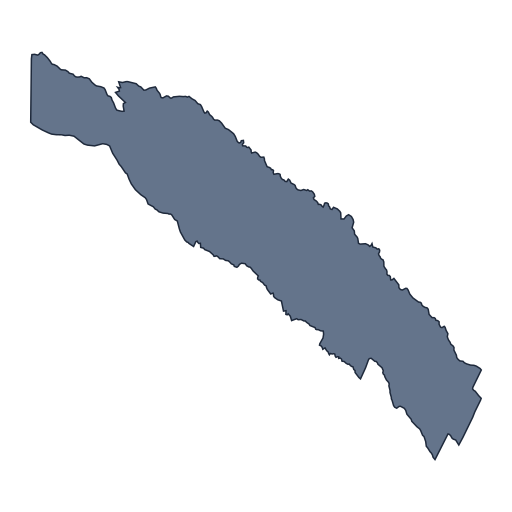 Gatundu North, Central, Kenya
{"feature_id": "3690345B74397299237573", "entity_name": "Gatundu North", "entity_type": "district", "adm_level": 2, "iso_a3": "KEN", "parent_name": "Kenya", "parent_adm1": "Central", "projection": "equal_earth", "projection_center": [36.831, -0.916], "detail": "fine", "context": "isolated", "style": "filled", "palette": "slate", "viewbox_px": 512, "rotation_deg": 0, "n_neighbors": 0, "source": "geoboundaries", "source_scale": "gbopen_adm2", "svg_char_len": 6011}
<svg xmlns="http://www.w3.org/2000/svg" viewBox="0 0 512 512"><path d="M155.3,86.9L149.5,88.1L145.8,90.0L143.9,90.2L140.8,86.9L138.7,86.1L136.2,83.7L127.7,81.6L126.2,81.6L122.5,82.5L118.7,81.8L120.6,87.6L119.2,87.8L117.6,87.3L119.1,89.4L119.4,91.1L115.5,92.4L118.4,95.9L125.4,102.5L123.4,103.6L123.2,106.1L124.1,111.1L122.1,111.4L118.9,110.7L116.8,110.1L115.5,108.0L113.6,102.9L112.0,100.0L111.3,97.5L109.8,96.3L108.2,96.0L107.1,94.7L105.1,89.6L104.0,88.0L100.8,86.7L96.4,85.9L95.0,85.0L91.9,82.3L89.3,78.8L86.7,77.7L84.2,77.8L81.1,76.3L79.5,77.0L77.2,77.1L75.7,76.8L74.4,75.9L73.1,74.2L69.3,73.2L67.9,71.6L65.4,70.1L61.5,69.8L60.5,69.4L57.1,66.1L53.9,64.5L52.3,64.3L51.3,63.2L50.2,61.3L47.4,57.7L44.4,54.7L43.3,54.3L42.0,52.4L40.4,52.7L39.0,54.3L37.7,55.1L34.6,54.3L31.9,54.6L31.4,58.8L30.7,122.2L33.3,124.8L42.3,130.0L48.3,132.8L51.6,134.1L56.2,134.7L61.7,134.8L65.0,135.5L69.3,135.2L74.0,136.2L83.9,144.0L87.4,145.1L94.6,145.9L102.7,143.7L106.7,144.4L109.6,145.9L112.7,153.3L117.0,160.0L119.2,164.3L121.2,166.5L125.5,172.9L127.2,174.0L129.0,179.0L131.3,183.9L135.4,189.7L140.8,194.7L145.2,197.7L146.5,199.5L148.1,204.0L153.4,206.8L155.2,209.1L156.8,209.8L158.9,211.8L163.1,213.1L167.9,213.5L169.0,214.1L170.5,214.0L171.7,214.8L174.7,219.5L177.3,221.0L179.3,228.7L180.4,232.0L184.8,240.0L186.8,242.0L188.1,242.4L188.9,243.4L193.6,246.5L195.8,241.7L197.1,241.1L197.9,242.5L198.9,243.5L200.4,243.3L200.7,247.4L203.6,248.2L204.7,249.6L209.5,251.5L213.2,254.8L214.0,256.3L215.1,256.3L216.3,255.8L217.7,256.5L219.8,258.7L223.3,258.9L225.5,260.4L228.3,260.8L229.9,262.2L231.3,263.8L233.8,264.9L234.3,266.4L236.9,267.3L238.5,266.0L239.2,264.7L240.2,263.9L241.6,263.2L245.2,263.7L246.7,265.8L248.9,267.0L250.0,267.1L251.3,268.4L253.1,271.0L258.3,275.9L257.7,277.3L257.6,278.9L258.8,280.0L259.9,280.0L260.5,281.3L262.7,282.6L264.6,285.1L266.1,285.8L266.5,287.5L267.3,289.4L270.7,294.0L273.0,293.1L273.5,294.3L273.6,296.2L274.5,297.5L277.8,299.8L281.4,301.0L283.5,311.1L286.0,310.7L285.9,314.4L287.2,314.8L288.2,313.8L290.3,316.2L291.6,320.6L296.7,318.7L298.1,319.7L301.0,319.5L304.0,321.0L305.4,321.0L306.4,322.2L309.1,324.1L309.9,325.5L315.1,327.6L315.7,329.2L316.9,329.7L318.2,329.6L320.6,330.8L323.3,331.1L323.6,334.2L323.0,338.0L319.8,343.7L319.5,345.2L321.1,345.9L322.2,347.4L322.8,349.3L325.0,347.9L326.7,350.7L328.1,351.9L328.7,353.6L329.4,354.8L330.3,353.5L332.2,354.0L333.7,353.7L334.8,354.1L335.2,356.1L336.0,357.3L337.6,356.7L338.8,356.9L338.7,358.4L340.3,358.1L341.5,359.1L342.0,361.2L344.2,361.5L346.1,363.3L348.0,364.3L349.3,364.1L350.3,365.5L351.7,366.5L352.9,366.7L353.8,369.5L355.0,370.5L355.1,372.5L358.9,377.5L360.5,378.9L365.6,367.7L368.7,359.2L370.0,358.4L371.2,358.3L374.8,361.3L376.3,361.5L377.4,362.8L377.9,364.2L382.0,367.7L383.3,370.8L382.8,372.5L383.2,373.9L384.4,375.1L384.9,376.9L386.4,379.9L388.6,382.4L389.2,383.9L388.9,385.9L390.0,390.4L390.0,392.6L391.3,397.2L391.4,398.9L392.1,400.4L393.6,405.6L394.7,407.2L396.7,408.2L399.1,406.4L400.5,406.3L404.3,408.3L405.7,410.3L406.9,414.2L411.2,419.3L411.8,421.3L417.0,426.8L419.6,428.8L420.6,430.4L422.6,435.3L424.0,436.5L425.7,441.6L426.3,446.3L427.6,447.8L430.1,451.8L431.2,452.9L432.4,454.9L433.1,457.3L435.0,459.6L448.0,433.9L449.4,434.4L450.8,435.9L451.9,438.0L453.2,439.1L455.7,440.0L458.8,445.0L462.9,437.4L472.7,417.3L474.8,411.9L480.5,400.3L481.2,398.3L478.6,395.6L475.2,391.2L473.8,390.4L472.6,389.0L472.8,387.4L481.3,370.0L480.1,368.5L476.3,366.1L473.9,365.3L470.6,365.1L466.4,363.8L464.3,362.7L463.0,361.3L459.9,360.9L458.1,359.4L456.7,357.5L456.4,355.2L453.9,350.1L454.0,347.5L453.1,346.0L450.8,344.2L450.0,342.1L448.7,340.3L447.8,338.3L447.3,336.6L447.9,333.7L446.1,330.4L445.1,327.3L444.2,326.3L442.0,327.6L440.6,327.2L439.1,324.3L439.1,321.8L437.7,320.6L435.9,320.3L435.3,318.5L434.2,317.7L432.0,317.6L429.1,314.4L428.2,309.2L427.0,307.8L425.0,307.4L423.0,306.2L421.9,305.1L421.3,303.1L420.1,302.2L418.6,302.1L412.9,297.9L409.8,294.1L408.1,290.0L406.9,288.4L405.7,288.3L402.4,290.0L400.9,289.7L399.9,289.0L398.9,287.6L398.8,284.8L393.9,278.4L392.0,279.9L390.7,279.9L390.3,276.6L389.2,275.4L387.8,275.4L386.9,274.1L387.0,271.8L386.5,269.9L385.5,268.8L383.9,266.3L383.8,261.9L383.0,259.8L381.5,259.1L380.5,258.0L380.1,256.7L379.1,255.6L378.5,253.8L379.5,252.0L379.7,250.2L378.8,248.8L377.2,249.1L375.8,247.8L372.8,247.0L372.0,243.6L371.0,245.4L369.7,246.4L368.3,245.0L365.5,243.7L360.1,244.1L358.5,243.3L357.8,238.6L357.2,237.2L354.6,234.2L354.3,230.9L352.1,227.8L353.7,222.2L353.1,219.5L351.4,216.5L348.6,214.7L346.3,216.0L344.0,219.0L341.0,218.9L340.7,212.8L339.8,211.3L337.3,208.9L333.5,207.3L332.0,209.5L330.3,208.9L329.6,206.9L328.6,205.8L328.3,203.9L327.3,203.1L325.9,202.8L324.6,203.2L324.0,205.3L323.1,207.1L322.0,206.2L321.0,204.8L319.6,204.3L318.3,204.4L317.7,202.6L316.4,201.1L314.0,199.5L313.4,197.8L314.8,196.4L314.3,194.2L312.6,191.8L311.3,190.9L309.6,191.1L307.8,189.7L306.7,190.5L303.7,189.5L300.9,190.5L298.1,189.9L297.0,189.2L295.9,187.8L295.1,185.4L294.2,184.6L291.0,183.0L289.7,180.2L288.3,179.1L286.8,181.6L285.1,181.4L283.9,179.9L282.4,179.5L281.0,177.8L280.3,176.1L280.1,174.4L278.8,173.7L277.4,173.6L273.9,174.3L273.2,172.6L273.5,170.6L272.7,169.7L271.4,169.7L270.7,168.3L269.5,167.5L267.1,166.7L264.5,160.6L264.4,158.8L263.8,157.1L260.9,157.3L259.5,156.2L258.2,154.2L256.6,152.7L255.2,152.1L251.6,153.0L251.1,151.5L251.1,150.0L248.8,147.1L247.8,147.5L246.6,147.2L245.7,146.0L242.6,145.8L242.4,144.3L243.7,142.8L243.4,140.4L241.3,140.7L240.7,142.4L239.2,143.0L238.1,142.3L237.2,141.3L235.3,136.5L233.6,133.7L228.5,129.6L225.2,128.2L221.6,123.1L219.3,120.8L217.6,120.1L214.7,120.1L213.5,119.1L212.6,117.4L211.5,116.2L209.6,114.6L208.3,112.0L207.2,111.1L206.1,112.8L204.8,113.1L203.9,111.9L201.6,106.5L200.4,104.6L197.8,103.7L195.1,100.5L192.0,98.8L189.0,96.4L187.4,97.1L185.6,96.4L183.2,96.6L179.5,96.3L173.4,96.9L171.6,98.1L170.4,98.1L168.3,96.2L166.5,95.9L162.9,97.9L161.2,97.6L160.6,96.4L160.3,94.9L159.6,93.4L157.0,90.2L156.3,88.3L155.3,86.9Z" fill="#64748b" stroke="#1e293b" stroke-width="1.5"/></svg>